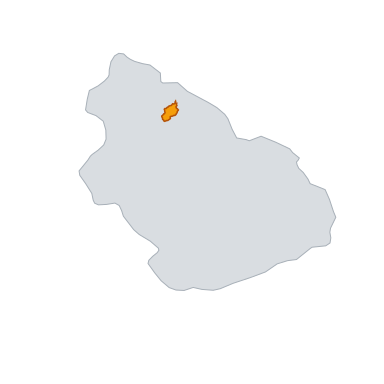 Gongdue, Mongar, Bhutan shown in context, rotated 215°
{"feature_id": "84629894B588701148040", "entity_name": "Gongdue", "entity_type": "district", "adm_level": 2, "iso_a3": "BTN", "parent_name": "Bhutan", "parent_adm1": "Mongar", "projection": "equal_earth", "projection_center": [91.157, 27.034], "detail": "fine", "context": "in_parent", "style": "filled", "palette": "amber", "viewbox_px": 384, "rotation_deg": 215, "n_neighbors": 0, "source": "geoboundaries", "source_scale": "gbopen_adm2", "svg_char_len": 4165}
<svg xmlns="http://www.w3.org/2000/svg" viewBox="0 0 384 384"><g transform="rotate(215 192 192)"><path d="M295.8,163.0L295.3,165.6L292.9,172.4L291.3,179.9L292.7,186.0L298.1,193.3L305.3,199.1L314.5,199.5L323.0,197.3L326.3,198.2L331.0,207.9L334.3,216.3L329.8,225.0L327.4,232.6L326.6,238.0L327.1,240.4L329.9,244.7L333.1,252.2L333.5,259.1L331.5,263.6L327.2,265.9L322.5,265.2L318.7,265.3L313.9,266.1L306.3,268.7L299.3,271.9L286.2,271.3L280.9,264.6L278.5,264.5L266.5,273.3L253.5,271.8L229.8,274.7L219.9,275.4L209.7,274.4L204.6,272.6L195.1,266.4L186.4,261.9L177.6,266.0L174.5,266.8L167.4,277.3L152.0,280.8L136.7,283.4L132.2,282.0L123.6,281.4L123.3,278.9L123.6,276.5L121.6,274.6L118.1,272.6L112.1,271.8L104.4,269.1L100.0,266.6L84.3,270.3L75.2,264.8L64.9,257.1L59.7,253.8L57.8,241.9L56.0,238.1L52.0,234.1L49.7,229.4L51.6,224.6L62.0,215.6L62.8,213.4L67.7,196.6L74.4,190.5L81.0,182.0L86.0,168.6L95.6,154.7L106.1,140.6L113.4,129.0L118.2,123.7L128.0,117.9L136.3,114.5L142.0,106.8L148.9,102.5L155.9,100.6L166.4,101.6L176.2,104.4L187.0,108.2L188.2,111.3L187.3,116.8L185.7,122.3L185.7,125.2L187.3,126.7L197.9,127.8L210.8,126.9L218.1,127.7L234.3,132.8L239.0,136.4L243.9,139.2L248.8,138.7L254.9,132.8L261.3,127.8L265.3,127.0L268.2,128.6L273.3,133.4L284.0,137.9L293.5,141.3L296.6,144.5L295.6,158.4L295.8,163.0Z" fill="#d9dde1" stroke="#a8b0b8" stroke-width="1"/><path d="M257.6,257.0L257.6,256.9L257.6,256.7L257.6,256.4L257.5,256.1L257.4,256.0L257.3,255.9L257.1,255.7L257.1,255.4L257.0,255.2L257.0,254.9L257.0,254.7L257.0,254.4L257.1,254.2L257.2,253.9L257.3,253.7L257.5,253.7L257.8,253.4L258.0,253.4L258.3,253.3L258.5,253.2L258.5,252.9L258.5,252.6L258.6,252.4L258.6,252.2L258.5,251.9L258.5,251.6L258.5,251.3L258.5,251.1L258.7,250.9L258.9,250.7L259.1,250.6L259.3,250.4L259.4,250.2L259.5,250.1L259.6,249.8L259.7,249.6L259.8,249.5L259.9,249.4L260.0,249.4L260.1,249.2L260.3,248.9L260.3,248.7L260.3,248.0L260.3,247.8L260.4,247.6L260.5,247.5L260.8,247.4L260.9,247.1L261.0,246.6L261.0,246.4L260.9,246.1L260.9,245.9L261.0,245.8L261.1,245.5L261.4,245.3L261.7,245.1L262.0,245.0L262.1,244.7L262.1,244.2L262.2,243.9L261.7,243.5L261.3,243.3L261.1,243.1L260.9,242.7L260.7,242.6L260.5,242.3L260.3,242.1L259.8,241.9L259.8,241.7L259.6,241.2L259.5,240.8L259.4,240.5L259.4,240.4L259.5,240.2L260.0,239.8L260.0,239.5L259.9,238.8L259.9,238.7L260.0,238.5L260.1,238.1L260.2,237.2L260.3,237.1L260.4,236.9L260.2,236.6L260.0,236.4L259.8,236.2L259.7,236.2L259.4,236.1L259.1,236.0L258.9,235.8L258.7,235.8L258.3,235.3L258.0,234.9L257.9,234.8L257.7,234.6L257.3,234.6L256.8,234.7L256.7,234.7L256.3,234.5L256.2,234.5L255.9,234.1L255.3,234.2L255.0,234.2L254.9,234.2L254.8,234.3L254.7,234.5L254.4,235.0L254.2,235.3L254.0,235.5L253.9,235.9L253.8,236.0L253.6,236.0L253.4,236.2L253.2,236.4L253.1,236.5L252.8,236.8L252.7,237.0L252.6,237.4L252.6,237.7L252.5,237.9L252.3,238.2L252.1,238.6L252.0,239.0L252.0,239.3L251.9,239.5L251.9,239.9L252.0,240.1L252.3,240.1L252.5,240.4L252.7,240.7L252.8,240.8L253.0,241.1L253.0,241.4L252.8,241.6L252.7,241.8L252.6,242.0L252.4,242.2L252.1,242.4L251.9,242.5L251.5,243.0L251.4,243.1L251.2,243.5L251.1,243.8L251.1,244.0L250.9,244.1L250.7,244.2L250.7,244.3L250.5,244.5L250.4,244.7L250.3,244.8L250.2,244.9L250.0,245.0L249.9,245.0L249.8,245.3L249.7,245.6L249.7,245.8L249.6,246.1L249.5,246.3L249.6,246.5L249.8,246.9L249.8,247.1L249.7,247.6L249.7,248.1L249.7,248.4L249.7,248.5L249.9,248.8L250.0,249.0L250.1,249.3L250.3,249.5L250.3,249.8L250.2,249.9L250.2,250.0L250.3,250.2L250.3,250.3L250.3,250.5L250.2,250.7L250.1,250.8L250.1,251.0L250.3,251.2L250.3,251.3L250.5,251.3L250.7,251.5L250.9,251.5L251.0,251.6L251.3,251.7L251.6,251.7L251.7,251.8L251.9,251.8L252.1,251.7L252.3,251.7L252.5,251.7L252.8,251.7L253.0,251.9L253.2,252.0L253.3,252.1L253.4,252.3L253.5,252.3L253.8,252.5L254.0,252.5L254.0,252.9L254.0,253.1L254.1,253.3L254.0,253.6L253.9,253.7L253.9,253.8L253.9,254.0L254.0,254.0L254.3,254.3L254.4,254.5L254.6,254.7L254.8,254.8L255.0,254.9L255.2,255.0L255.3,255.2L255.4,255.3L255.4,255.5L255.5,255.4L255.9,255.3L256.0,255.3L256.1,255.6L256.4,255.9L256.6,256.0L256.8,256.2L256.9,256.4L257.1,256.5L257.4,256.7L257.5,256.9L257.6,257.0Z" fill="#f59e0b" stroke="#b45309" stroke-width="1.5"/></g></svg>